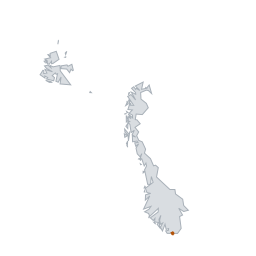 Sokndal nor, Rogaland, Norway shown in context, rotated 318°
{"feature_id": "86288312B30341713179901", "entity_name": "Sokndal nor", "entity_type": "district", "adm_level": 2, "iso_a3": "NOR", "parent_name": "Norway", "parent_adm1": "Rogaland", "projection": "orthographic", "projection_center": [6.294, 58.377], "detail": "fine", "context": "in_parent", "style": "filled", "palette": "amber", "viewbox_px": 256, "rotation_deg": 318, "n_neighbors": 0, "source": "geoboundaries", "source_scale": "gbopen_adm2", "svg_char_len": 4288}
<svg xmlns="http://www.w3.org/2000/svg" viewBox="0 0 256 256"><g transform="rotate(318 128 128)"><path d="M143.4,123.1L139.0,126.6L140.1,128.0L139.9,133.0L133.6,132.2L133.3,138.1L129.3,139.5L127.7,144.4L129.3,147.8L126.9,155.5L123.4,157.7L124.2,165.8L121.7,173.2L123.6,174.1L124.0,177.7L116.4,183.5L118.0,201.8L121.7,205.1L119.2,208.8L121.0,217.5L117.5,222.9L117.8,229.5L113.5,227.3L112.0,221.6L110.3,229.2L107.1,228.3L100.3,238.2L94.3,239.5L86.6,232.5L87.1,229.7L89.6,231.1L90.9,229.9L88.5,228.9L91.1,224.3L84.7,227.6L85.7,223.5L90.2,221.8L87.8,221.3L89.8,217.7L94.0,214.9L89.9,216.6L84.9,223.5L85.2,219.1L87.6,218.8L85.0,215.6L87.5,213.2L84.9,213.7L84.5,209.7L94.2,210.6L96.8,208.0L85.0,208.2L86.1,205.3L84.3,201.4L89.3,202.4L92.6,201.6L85.3,198.7L98.7,193.0L92.6,193.2L96.3,189.4L101.1,191.8L98.9,188.7L100.6,184.4L110.3,185.2L112.9,179.7L107.1,184.9L104.9,183.1L112.3,170.2L116.4,168.6L117.8,166.1L114.7,167.0L117.6,160.1L116.5,158.8L121.2,156.3L117.7,157.4L117.6,153.4L120.5,148.3L125.3,146.9L121.6,146.7L123.1,143.5L125.8,145.4L125.9,143.7L122.2,141.3L126.0,136.7L127.6,139.9L126.5,135.8L131.2,133.9L127.3,133.5L131.8,126.6L131.7,123.5L134.0,124.7L132.9,123.1L135.8,119.5L136.5,123.1L137.6,117.7L138.2,123.6L139.9,121.4L138.7,117.8L143.3,117.5L140.3,114.2L144.2,111.9L147.4,115.0L148.9,104.3L152.6,105.1L152.4,112.3L154.5,103.6L156.3,108.1L157.3,106.8L157.2,100.9L159.9,101.2L159.5,104.4L160.6,104.1L161.9,108.0L161.6,101.7L170.0,104.0L164.0,108.3L168.3,110.9L172.5,110.2L168.6,118.2L168.2,113.7L166.9,112.1L161.1,110.1L157.0,115.2L158.1,122.0L156.6,126.5L147.6,127.6L143.4,123.1ZM107.5,26.0L110.6,27.8L111.1,31.6L112.0,29.4L113.2,32.4L119.3,36.0L115.9,40.2L114.3,57.6L107.0,49.8L112.4,45.3L106.8,47.3L105.7,45.0L112.0,40.5L110.5,40.0L110.8,38.4L106.7,38.4L107.1,41.3L104.4,43.2L100.2,37.0L102.1,36.8L101.0,33.7L99.7,35.3L98.3,29.6L103.4,28.2L103.9,29.1L101.8,31.1L104.5,32.9L105.5,28.9L109.5,35.7L107.3,29.1L107.5,26.0ZM112.3,21.1L117.5,24.0L117.5,19.9L118.1,20.3L118.5,22.4L120.0,20.4L126.0,23.0L122.7,30.8L115.3,29.8L114.2,29.1L115.8,27.2L112.2,27.8L111.1,26.5L111.9,25.3L110.1,24.7L112.5,24.5L111.8,22.6L112.9,23.3L112.3,21.1ZM120.1,37.2L124.9,40.3L124.6,41.9L128.9,43.1L126.0,48.5L125.1,48.3L125.0,46.1L121.6,47.8L121.9,43.2L117.8,38.9L120.1,37.2ZM124.6,133.6L127.1,131.7L119.7,137.9L123.3,133.3L122.9,129.1L124.8,126.6L124.6,133.6ZM127.6,125.3L131.2,124.4L127.5,128.2L127.6,125.3ZM130.8,122.4L135.1,117.5L133.3,122.2L130.8,122.4ZM98.7,37.5L101.5,41.6L102.3,43.5L100.1,41.5L98.7,37.5ZM121.4,129.8L122.6,133.4L119.4,132.8L121.4,129.8ZM145.4,107.2L144.2,110.2L141.3,109.8L144.2,108.5L145.4,107.2ZM146.3,108.9L146.3,112.2L144.9,111.6L146.3,108.9ZM116.3,138.6L119.1,137.4L116.2,140.2L116.3,138.6ZM134.7,16.7L131.9,18.8L134.7,16.5L134.7,16.7ZM131.5,30.3L133.8,30.1L130.8,31.7L131.5,30.3ZM150.5,103.6L152.2,102.4L153.0,102.8L150.5,103.6ZM147.3,107.8L147.4,109.5L146.5,108.3L147.3,107.8ZM138.0,114.8L138.4,116.4L137.5,116.0L138.0,114.8ZM124.3,75.6L124.4,77.2L123.3,76.1L124.3,75.6ZM129.8,33.6L128.7,33.7L128.4,33.1L129.8,33.6ZM110.3,170.3L111.1,171.6L109.2,171.5L110.3,170.3ZM134.5,115.2L135.7,115.6L136.5,116.4L134.5,115.2ZM110.3,22.6L110.9,23.6L110.2,23.3L110.3,22.6ZM101.5,183.3L99.3,183.6L101.6,182.6L101.5,183.3ZM98.4,185.7L97.7,186.9L97.3,186.3L98.4,185.7ZM115.7,140.6L114.9,142.1L115.7,139.7L115.7,140.6ZM84.5,216.1L84.2,218.0L84.1,215.5L84.5,216.1ZM115.7,159.1L115.1,158.1L115.8,158.1L115.7,159.1ZM168.2,109.2L168.5,110.6L168.3,110.4L168.2,109.2ZM116.4,160.1L115.2,160.5L116.6,159.8L116.4,160.1ZM113.2,162.9L113.4,164.0L112.8,163.7L113.2,162.9ZM84.0,208.1L83.5,209.2L83.6,208.3L84.0,208.1Z" fill="#d9dde1" stroke="#a8b0b8" stroke-width="1"/><path d="M89.7,236.2L89.7,236.3L89.7,236.2L89.7,236.3L89.8,236.3L90.0,236.4L90.1,236.5L90.1,236.4L90.1,236.5L90.1,236.4L90.2,236.5L90.2,236.4L90.2,236.5L90.3,236.5L90.3,236.4L90.3,236.5L90.4,236.4L90.4,236.5L90.5,236.6L90.8,236.7L90.7,236.8L90.8,236.8L90.9,237.0L91.0,237.0L91.1,236.9L91.3,236.9L91.5,236.8L91.5,236.7L91.5,236.4L91.6,236.2L91.8,236.0L91.8,235.9L91.7,235.7L91.6,235.4L91.5,235.2L91.4,235.2L91.2,235.2L91.2,235.3L90.9,235.6L90.7,235.6L90.6,235.4L90.7,235.2L90.4,235.0L90.4,235.3L90.2,235.4L90.0,235.5L90.0,235.8L89.9,235.8L89.8,236.0L89.7,236.1L89.7,236.2Z" fill="#f59e0b" stroke="#b45309" stroke-width="1.5"/></g></svg>